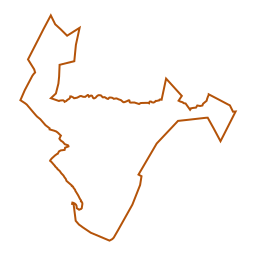 the district of San Agustín Chayuco, Oaxaca, Mexico
{"feature_id": "50627088B20812688869072", "entity_name": "San Agustín Chayuco", "entity_type": "district", "adm_level": 2, "iso_a3": "MEX", "parent_name": "Mexico", "parent_adm1": "Oaxaca", "projection": "orthographic", "projection_center": [-97.81, 16.455], "detail": "fine", "context": "isolated", "style": "outline", "palette": "amber", "viewbox_px": 256, "rotation_deg": 0, "n_neighbors": 0, "source": "geoboundaries", "source_scale": "gbopen_adm2", "svg_char_len": 3345}
<svg xmlns="http://www.w3.org/2000/svg" viewBox="0 0 256 256"><path d="M45.5,125.2L49.3,128.1L49.6,128.3L49.6,129.4L54.2,130.7L56.3,131.5L58.0,132.8L59.2,134.0L60.9,135.6L60.2,136.9L59.4,138.7L60.8,140.6L62.8,141.9L64.8,144.2L68.0,145.3L68.2,145.6L68.5,146.2L68.5,146.4L65.1,147.7L64.6,149.9L60.8,150.4L59.0,151.4L57.7,153.8L57.1,153.9L56.9,154.1L55.2,155.3L51.9,158.3L50.6,159.8L50.1,160.8L51.6,162.1L54.1,165.0L54.9,165.8L55.0,166.3L57.3,168.5L57.4,169.0L59.4,170.7L59.8,171.1L61.1,173.0L61.4,173.4L62.2,174.2L63.5,175.6L64.5,177.3L65.7,178.8L66.4,180.6L66.6,181.0L70.9,184.7L71.7,185.4L71.7,185.9L72.0,186.2L72.5,186.2L73.2,187.0L73.3,187.5L73.9,188.3L75.1,189.8L75.3,190.7L77.9,194.9L78.6,196.2L79.9,198.8L81.0,200.4L80.9,201.4L81.3,201.7L81.6,201.7L82.2,202.7L82.4,203.9L81.9,207.1L81.7,208.3L81.1,208.9L79.1,209.7L76.8,208.2L76.5,205.7L76.3,205.4L75.9,204.6L74.8,203.6L73.5,202.9L72.4,202.6L72.1,203.9L72.7,204.0L73.7,204.4L73.7,205.0L74.2,208.8L75.7,220.8L79.0,224.6L81.0,226.0L82.7,227.3L83.5,227.8L84.9,228.8L85.1,228.9L90.3,232.4L90.7,232.7L109.5,240.6L112.3,239.1L113.7,237.7L118.1,230.1L132.4,204.6L140.1,185.0L141.5,176.2L138.5,174.6L156.7,143.5L178.0,120.9L187.2,119.9L189.0,119.7L205.7,117.8L207.7,117.7L211.7,124.9L213.6,128.3L220.5,141.2L224.0,134.4L235.6,111.5L233.0,111.7L229.9,105.4L229.2,105.0L228.5,104.7L219.6,100.0L208.7,94.3L208.6,95.3L208.0,96.4L207.1,98.9L206.6,100.8L203.1,103.7L202.4,105.5L200.1,106.0L197.3,105.5L196.0,107.6L193.2,107.9L190.7,108.4L190.6,109.1L190.1,109.8L188.1,107.0L185.6,103.5L183.5,103.1L182.9,102.4L181.9,102.0L180.4,101.6L178.6,100.7L181.8,95.9L166.1,78.6L161.6,99.7L160.2,99.4L159.5,99.7L159.4,100.3L159.1,100.4L156.2,101.0L155.8,100.9L155.5,101.1L154.6,102.1L154.3,102.2L153.6,102.5L153.1,102.5L152.0,102.3L151.5,101.9L150.9,101.5L150.3,101.5L150.0,101.5L149.8,101.6L149.3,102.3L149.1,103.3L148.1,102.9L144.5,102.9L141.0,103.0L140.3,103.2L139.5,103.8L139.1,104.0L134.4,102.5L130.6,102.6L129.8,102.3L129.5,101.5L129.6,101.1L129.4,100.7L129.3,100.4L128.6,100.3L126.8,101.2L124.6,102.1L123.8,102.2L123.4,102.2L123.2,102.1L120.9,100.1L118.2,99.2L117.6,98.8L116.3,98.4L113.8,98.8L113.6,98.6L112.2,97.8L111.2,97.6L109.8,97.5L109.2,97.7L108.2,98.9L107.8,98.9L106.4,98.3L106.3,98.1L105.2,97.5L105.0,97.3L104.5,97.2L104.2,97.1L103.1,97.4L102.7,97.3L101.6,96.1L100.9,95.4L99.8,95.2L98.5,95.2L97.9,95.5L97.7,95.6L97.3,95.9L97.2,96.0L96.7,96.4L96.6,96.5L95.9,97.4L95.2,97.9L94.3,98.3L93.9,98.4L93.6,98.3L93.1,97.9L92.1,95.9L91.6,95.6L90.4,95.7L89.4,96.6L89.0,96.8L88.5,95.7L88.0,95.0L87.7,95.0L85.1,96.9L84.3,96.8L83.2,96.8L81.4,96.1L80.9,96.0L79.6,96.3L79.4,96.5L77.3,97.6L76.6,97.8L75.9,97.9L75.1,98.1L74.6,98.2L74.0,98.2L73.8,98.0L73.8,97.9L73.7,97.8L73.6,97.7L73.1,97.4L72.0,96.9L71.5,96.5L71.4,96.5L70.3,96.4L70.2,96.9L70.1,97.2L70.2,97.3L69.9,97.8L69.5,98.5L69.4,98.6L69.2,98.8L68.3,99.3L67.0,100.2L66.3,101.0L65.8,101.2L64.6,101.8L64.2,101.0L63.1,100.3L61.4,100.4L59.8,100.6L59.6,100.7L59.0,101.0L50.9,98.2L55.9,93.5L58.4,83.6L59.1,76.7L59.6,64.8L74.3,61.2L75.9,44.9L79.6,27.8L67.1,35.7L60.7,29.3L55.2,24.3L50.8,15.4L43.4,29.3L39.2,37.6L28.0,59.4L34.2,69.4L35.1,72.5L33.8,73.8L32.4,75.7L24.8,90.1L20.4,100.2L25.0,103.2L26.8,104.6L28.9,107.1L29.6,107.9L29.7,108.0L30.1,108.5L32.1,110.9L33.9,113.0L35.9,115.3L37.1,116.6L40.3,119.2L45.5,125.2Z" fill="none" stroke="#b45309" stroke-width="2"/></svg>